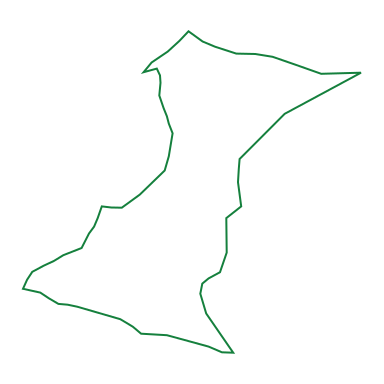 Tenente Laurentino Cruz, Rio Grande do Norte, Brazil
{"feature_id": "56859067B82553548665211", "entity_name": "Tenente Laurentino Cruz", "entity_type": "district", "adm_level": 2, "iso_a3": "BRA", "parent_name": "Brazil", "parent_adm1": "Rio Grande do Norte", "projection": "orthographic", "projection_center": [-36.73, -6.158], "detail": "fine", "context": "isolated", "style": "outline", "palette": "green", "viewbox_px": 384, "rotation_deg": 0, "n_neighbors": 0, "source": "geoboundaries", "source_scale": "gbopen_adm2", "svg_char_len": 850}
<svg xmlns="http://www.w3.org/2000/svg" viewBox="0 0 384 384"><path d="M233.2,352.7L206.2,313.5L200.3,293.7L202.3,283.6L208.6,278.4L220.0,272.2L226.7,252.6L226.3,218.1L241.2,206.4L238.0,182.2L238.8,168.8L239.6,159.0L284.7,113.8L361.0,72.7L321.2,73.8L296.3,65.0L272.6,56.8L255.3,54.0L236.3,53.6L215.0,46.7L202.6,41.5L188.5,31.3L179.3,41.0L167.7,51.6L160.0,56.8L151.6,62.5L143.6,72.2L156.8,68.6L160.0,75.4L160.5,82.8L159.3,95.5L163.6,108.1L166.9,116.3L168.8,123.6L172.6,133.3L168.8,156.3L164.7,170.5L139.8,194.6L121.8,207.7L111.3,207.5L101.8,206.4L97.7,218.1L94.1,226.6L89.0,233.5L81.6,248.0L63.3,255.2L54.0,260.9L43.5,265.8L32.3,271.8L27.1,279.7L23.0,288.8L40.3,292.6L48.7,298.2L58.4,303.9L67.7,304.7L77.2,306.7L120.3,319.2L132.8,326.7L141.1,333.7L166.9,335.2L208.6,346.6L221.9,352.3L233.2,352.7Z" fill="none" stroke="#15803d" stroke-width="2"/></svg>